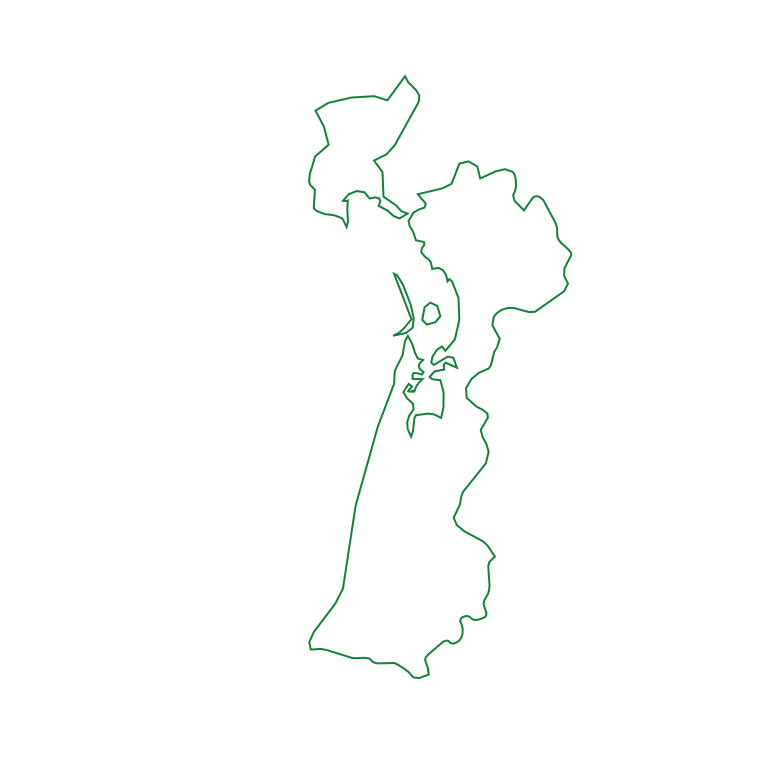 map outline of Venezia (Natural Earth projection), rotated 129°
{"feature_id": "ITA-5461", "entity_name": "Venezia", "entity_type": "Province", "adm_level": 1, "iso_a3": "ITA", "parent_name": "Italy", "parent_adm1": "", "projection": "natural_earth1", "projection_center": [12.445, 45.457], "detail": "fine", "context": "isolated", "style": "outline", "palette": "green", "viewbox_px": 768, "rotation_deg": 129, "n_neighbors": 0, "source": "natural_earth", "source_scale": "10m", "svg_char_len": 3769}
<svg xmlns="http://www.w3.org/2000/svg" viewBox="0 0 768 768"><g transform="rotate(129 384 384)"><path d="M636.4,273.7L636.4,273.8L631.7,279.6L620.8,282.5L585.7,283.6L568.9,287.1L496.4,329.5L421.2,361.9L377.2,376.4L369.7,382.1L366.1,384.1L349.9,387.7L337.5,394.7L331.6,395.7L335.1,387.3L340.0,380.0L342.9,373.9L340.8,368.7L345.1,369.3L348.0,368.5L349.7,365.9L349.9,360.7L352.9,360.7L355.0,365.5L356.8,367.8L359.0,367.6L362.0,364.9L355.9,357.2L361.0,357.7L365.8,357.4L370.3,355.9L371.1,357.2L371.4,356.4L372.9,358.1L374.3,360.2L374.4,360.7L372.9,360.9L368.4,360.7L368.4,364.9L378.2,363.8L380.6,356.9L381.1,349.0L385.0,345.2L392.9,344.4L399.3,341.8L404.2,337.1L407.9,329.8L402.5,331.8L391.2,339.0L388.1,339.5L379.6,331.5L376.2,326.3L374.4,318.3L364.9,323.0L353.0,332.4L345.6,342.6L349.9,349.5L349.9,353.0L342.5,352.7L334.9,346.4L331.6,349.5L328.6,349.5L325.5,337.5L319.9,346.7L322.7,351.8L337.7,357.2L337.7,360.7L332.2,363.5L324.1,364.4L318.3,362.6L319.5,357.2L304.9,356.9L286.7,365.9L270.3,380.2L261.4,395.7L261.4,399.2L264.2,399.2L260.2,404.5L258.4,409.8L259.5,414.7L264.2,418.9L259.8,424.4L259.0,428.4L259.3,432.5L258.1,438.1L254.7,440.0L250.5,440.2L248.5,442.2L252.2,449.7L247.2,457.4L245.1,463.5L241.8,467.5L232.3,469.0L226.4,466.7L221.4,463.5L217.6,465.0L215.2,477.1L195.2,461.7L185.9,457.5L165.2,464.1L157.8,458.3L156.2,448.4L163.7,438.6L148.4,431.0L141.0,425.2L138.1,417.4L139.2,414.1L141.5,411.1L146.7,406.1L151.7,403.5L156.2,402.4L159.5,397.7L161.0,384.5L145.1,385.6L143.7,385.0L142.5,384.1L141.5,382.9L140.8,381.2L140.7,376.2L151.0,351.8L153.8,347.7L160.3,342.1L161.9,339.3L162.8,335.9L163.5,324.4L164.5,320.9L166.6,319.4L180.5,316.6L186.6,312.1L190.2,304.2L198.5,302.4L232.9,312.1L236.8,316.5L243.1,330.7L246.9,335.5L251.8,339.0L257.2,340.8L262.6,341.0L270.1,336.8L276.1,322.4L284.3,319.2L289.5,318.6L302.0,312.8L305.9,312.3L315.6,317.3L325.2,319.2L335.5,317.6L342.7,311.1L343.4,298.3L341.9,290.8L341.9,285.3L344.7,282.1L358.9,279.9L363.1,274.0L366.3,266.5L370.9,260.0L381.5,254.9L417.9,254.7L422.3,253.4L430.1,249.1L444.0,245.7L447.8,238.8L447.9,228.7L444.0,208.0L444.3,202.4L448.3,189.2L456.0,190.1L459.9,188.4L474.3,175.1L477.9,172.7L481.5,171.1L489.2,169.9L491.6,168.7L493.6,166.5L495.0,164.0L497.5,160.4L499.2,159.2L501.2,158.7L504.8,160.4L508.1,162.7L509.5,164.0L510.6,165.5L511.1,167.4L511.2,169.4L511.1,171.1L511.6,172.8L513.1,174.7L516.6,176.6L518.8,176.4L520.5,175.4L521.4,173.5L522.8,171.2L525.0,168.6L529.5,165.3L532.8,164.2L535.9,164.0L538.1,164.6L540.3,165.5L541.9,166.7L543.0,168.2L543.5,170.0L543.1,172.0L544.1,174.0L546.8,175.8L566.9,179.5L570.0,179.5L572.2,178.7L573.5,177.1L576.9,171.5L581.6,166.4L590.3,171.5L593.3,176.0L593.5,177.3L592.4,183.2L592.5,189.1L593.3,195.7L593.8,198.5L594.5,200.6L605.2,213.2L606.6,216.2L607.0,217.9L606.9,218.8L606.6,222.7L608.0,225.3L610.1,228.1L614.6,233.0L616.8,236.1L627.0,261.4L629.7,266.5L636.4,273.7ZM237.6,487.0L238.7,479.2L236.7,472.9L245.6,476.1L247.4,482.1L247.0,490.3L248.9,500.2L244.0,502.0L242.8,504.9L244.6,508.4L248.9,511.8L247.3,520.0L251.4,526.8L258.9,530.9L267.4,531.1L266.1,529.0L265.7,528.7L264.1,527.6L270.7,523.0L280.6,514.1L285.6,511.8L281.5,520.5L284.1,528.7L289.1,536.8L291.8,544.8L291.8,549.0L276.5,560.0L275.8,566.5L273.8,569.7L267.3,573.9L250.4,580.7L232.9,577.6L221.6,592.9L214.7,609.3L200.6,604.2L182.0,589.7L166.5,572.8L161.4,559.9L131.6,561.3L134.2,555.2L135.5,543.5L137.7,538.0L143.0,534.5L192.0,525.9L204.0,526.6L216.6,532.4L220.3,518.5L238.7,502.3L237.6,487.0ZM305.6,413.1L314.4,402.1L322.2,397.2L330.3,398.9L340.8,407.3L335.1,404.7L329.1,403.6L316.4,403.4L292.0,445.5L291.3,442.1L294.9,431.8L305.6,413.1ZM295.8,382.9L303.5,382.9L310.9,388.1L310.1,394.6L305.7,397.0L299.0,400.7L291.7,399.3L289.8,391.8L295.8,382.9Z" fill="none" stroke="#15803d" stroke-width="2"/></g></svg>